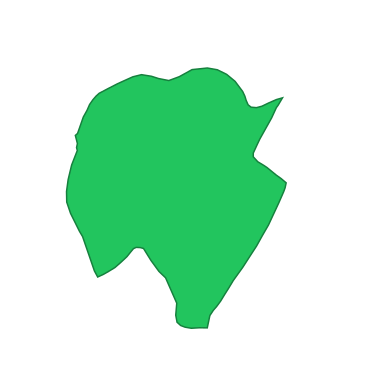 the district of San Rafael Pie de la Cuesta, San Marcos, Guatemala, rotated 155°
{"feature_id": "79465075B609636359228", "entity_name": "San Rafael Pie de la Cuesta", "entity_type": "district", "adm_level": 2, "iso_a3": "GTM", "parent_name": "Guatemala", "parent_adm1": "San Marcos", "projection": "albers", "projection_center": [-91.914, 14.933], "detail": "fine", "context": "isolated", "style": "filled", "palette": "green", "viewbox_px": 384, "rotation_deg": 155, "n_neighbors": 0, "source": "geoboundaries", "source_scale": "gbopen_adm2", "svg_char_len": 1310}
<svg xmlns="http://www.w3.org/2000/svg" viewBox="0 0 384 384"><g transform="rotate(155 192 192)"><path d="M70.2,239.1L76.4,240.1L84.8,240.3L92.4,240.2L97.9,241.2L102.6,243.9L104.3,247.3L104.2,252.2L103.6,256.4L103.6,259.8L103.6,261.7L106.2,274.1L110.9,284.0L117.4,292.1L125.7,297.9L140.2,302.9L154.8,301.9L165.9,302.8L174.4,309.0L179.8,314.0L188.2,319.7L196.9,321.4L203.7,321.5L213.6,321.6L224.3,321.2L234.4,320.7L238.3,319.5L242.8,317.5L247.8,314.6L252.7,310.3L258.8,305.9L271.0,293.4L273.8,292.6L275.0,286.3L275.4,284.3L277.9,281.0L278.4,278.1L289.7,267.3L299.0,255.6L305.5,245.5L309.8,235.8L311.1,223.9L310.6,203.9L310.0,197.9L313.8,161.7L313.4,154.8L306.9,154.8L301.0,155.3L293.8,156.1L285.6,158.5L278.3,160.9L272.8,163.6L269.0,165.4L266.0,165.4L262.4,163.5L259.8,161.3L258.1,147.2L255.5,133.9L252.2,125.4L252.8,97.7L258.8,87.2L260.6,80.3L258.7,75.8L255.4,72.4L250.2,68.8L242.6,65.8L235.6,62.4L228.0,72.5L222.6,75.8L218.1,77.8L212.2,81.0L205.9,85.2L199.2,89.5L191.9,94.4L177.8,102.3L166.2,109.6L156.4,115.7L146.6,122.8L136.6,129.8L117.9,145.5L108.8,153.5L105.9,156.4L102.8,160.5L105.4,166.2L108.6,171.9L113.7,182.5L115.7,185.8L119.6,191.6L121.6,198.0L120.0,201.4L112.9,207.4L108.2,211.3L99.2,217.8L88.5,225.5L79.9,232.8L77.2,234.3L70.2,239.1Z" fill="#22c55e" stroke="#15803d" stroke-width="1.5"/></g></svg>